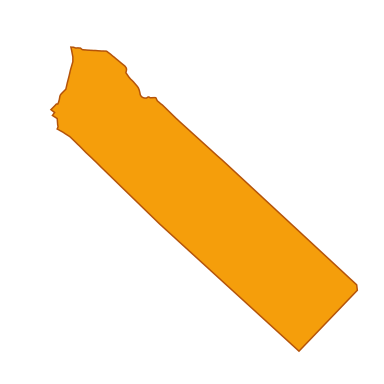 outline of Tura, Al Qahirah, Egypt, rotated 45°
{"feature_id": "37247803B1884066406604", "entity_name": "Tura", "entity_type": "district", "adm_level": 2, "iso_a3": "EGY", "parent_name": "Egypt", "parent_adm1": "Al Qahirah", "projection": "robinson", "projection_center": [31.303, 29.94], "detail": "fine", "context": "isolated", "style": "filled", "palette": "amber", "viewbox_px": 384, "rotation_deg": 45, "n_neighbors": 0, "source": "geoboundaries", "source_scale": "gbopen_adm2", "svg_char_len": 2455}
<svg xmlns="http://www.w3.org/2000/svg" viewBox="0 0 384 384"><g transform="rotate(45 192 192)"><path d="M191.8,237.5L380.2,228.9L378.4,144.6L374.1,141.2L373.9,141.2L190.4,148.1L184.9,148.5L158.0,149.8L133.3,151.0L129.9,151.1L128.3,151.2L127.7,151.2L109.6,151.4L108.3,151.6L107.0,151.8L105.8,151.8L104.0,152.0L102.9,152.0L102.1,151.8L101.7,151.6L101.1,151.4L100.7,151.2L100.1,151.0L99.7,151.0L99.4,151.2L98.7,151.8L96.6,154.1L96.1,154.7L95.8,154.9L95.7,155.0L95.1,155.1L94.8,155.2L94.6,155.2L94.2,155.4L94.1,155.5L93.7,156.0L93.6,156.6L93.6,156.8L93.5,157.1L93.4,157.6L93.3,157.9L92.9,158.2L92.3,158.9L91.8,159.2L91.3,159.5L90.8,159.8L90.2,160.0L89.7,160.2L89.1,160.2L88.5,160.2L87.5,160.1L86.7,159.8L86.0,159.4L85.2,158.8L84.8,158.6L84.2,158.2L83.4,157.7L82.3,157.1L81.1,156.6L80.7,156.4L79.8,156.2L78.8,156.0L77.8,155.9L76.4,155.8L75.2,155.7L73.7,155.6L72.8,155.5L72.0,155.5L70.5,155.5L68.8,155.6L67.7,155.5L66.9,155.4L66.2,155.4L65.4,155.2L65.2,155.2L61.0,154.4L60.9,154.4L60.7,154.2L60.1,153.1L59.5,152.2L59.4,152.1L59.2,151.9L59.1,151.7L58.9,151.5L58.8,151.4L58.6,151.4L58.4,151.2L58.1,151.0L58.0,150.9L57.9,150.9L57.7,150.8L57.4,150.7L57.2,150.7L56.9,150.6L56.7,150.6L56.3,150.5L56.1,150.5L55.9,150.5L55.6,150.4L55.3,150.4L51.6,150.8L46.1,151.3L44.2,151.5L41.2,151.7L41.0,151.8L39.2,152.0L37.4,152.1L35.7,152.3L35.1,152.4L33.9,152.6L32.9,152.7L32.5,152.8L32.3,152.8L32.2,152.9L31.8,153.0L31.5,153.3L31.4,153.4L31.2,153.5L30.9,153.8L30.7,154.0L30.3,154.4L29.4,155.2L29.0,155.6L28.2,156.4L27.6,156.9L26.8,157.6L25.9,158.4L24.9,159.2L23.7,160.2L22.5,161.4L21.7,162.1L21.1,162.6L20.5,163.2L19.9,163.7L19.3,164.2L19.0,164.5L18.9,164.6L18.5,164.9L18.3,165.2L18.1,165.3L17.8,165.6L17.6,165.7L17.5,165.8L17.3,166.0L16.4,166.7L15.3,167.7L13.9,168.8L13.3,169.0L11.4,169.1L9.9,170.4L9.6,170.6L9.4,170.8L8.7,171.6L8.3,172.1L8.2,172.2L8.1,172.3L7.6,172.6L5.9,173.4L3.9,175.2L6.9,177.1L12.2,180.7L15.6,184.1L19.6,191.4L23.0,196.8L26.7,203.1L30.1,208.5L30.1,212.6L30.1,213.9L30.1,214.0L30.2,216.0L30.8,217.6L32.9,220.6L34.2,223.0L34.9,224.7L33.9,225.7L34.0,228.0L34.0,233.5L36.0,233.3L38.6,232.9L39.2,236.6L44.6,235.4L44.7,235.5L44.9,235.5L49.3,239.3L51.2,240.6L52.1,242.8L57.6,241.2L57.8,241.1L58.8,240.9L59.7,240.7L60.9,240.5L66.2,239.3L67.3,239.2L67.7,239.2L73.4,239.1L77.4,239.1L79.6,239.0L89.2,239.1L97.5,238.8L100.0,238.8L102.5,238.7L107.5,238.7L110.4,238.7L121.8,238.5L138.1,238.3L191.8,237.5Z" fill="#f59e0b" stroke="#b45309" stroke-width="1.5"/></g></svg>